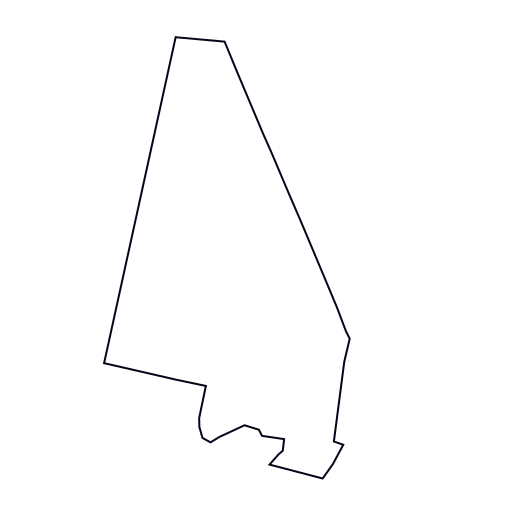 Zoueratt, Tiris Zemmour, Mauritania (orthographic projection), rotated 283°
{"feature_id": "47542326B94085620874331", "entity_name": "Zoueratt", "entity_type": "district", "adm_level": 2, "iso_a3": "MRT", "parent_name": "Mauritania", "parent_adm1": "Tiris Zemmour", "projection": "orthographic", "projection_center": [-11.264, 23.151], "detail": "fine", "context": "isolated", "style": "outline", "palette": "ink", "viewbox_px": 512, "rotation_deg": 283, "n_neighbors": 0, "source": "geoboundaries", "source_scale": "gbopen_adm2", "svg_char_len": 590}
<svg xmlns="http://www.w3.org/2000/svg" viewBox="0 0 512 512"><g transform="rotate(283 256 256)"><path d="M91.7,383.5L92.8,373.6L172.7,365.8L196.5,365.9L202.9,360.6L223.6,346.8L246.6,330.3L291.7,297.8L301.2,290.9L326.5,272.3L361.5,246.9L376.2,235.8L429.1,197.6L457.8,177.2L451.1,128.5L117.4,132.1L117.5,205.9L118.1,236.4L108.6,236.6L93.3,236.9L85.2,237.1L76.6,239.3L66.7,244.8L64.2,253.6L71.5,261.1L86.4,280.2L88.5,283.0L87.8,292.1L87.4,297.9L82.1,302.3L83.9,324.6L72.3,325.9L67.8,322.6L55.8,316.1L54.2,371.0L70.5,377.7L91.7,383.5Z" fill="none" stroke="#020617" stroke-width="2"/></g></svg>